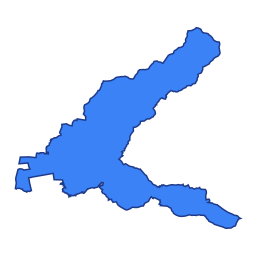 the district of Gurghiu, Mures, Romania
{"feature_id": "2599482B77375786241858", "entity_name": "Gurghiu", "entity_type": "district", "adm_level": 2, "iso_a3": "ROU", "parent_name": "Romania", "parent_adm1": "Mures", "projection": "natural_earth1", "projection_center": [24.887, 46.798], "detail": "fine", "context": "isolated", "style": "filled", "palette": "blue", "viewbox_px": 256, "rotation_deg": 0, "n_neighbors": 0, "source": "geoboundaries", "source_scale": "gbopen_adm2", "svg_char_len": 5830}
<svg xmlns="http://www.w3.org/2000/svg" viewBox="0 0 256 256"><path d="M240.6,218.4L239.0,217.7L238.4,216.7L237.4,215.9L236.0,215.4L234.3,215.3L232.7,214.3L227.9,212.3L223.6,209.6L217.2,204.8L213.9,204.1L212.1,203.0L208.1,202.5L209.5,201.7L209.7,201.0L209.5,199.9L209.2,199.3L208.5,199.1L206.0,199.8L205.7,195.6L206.4,193.1L206.2,190.9L205.4,189.5L201.3,189.3L199.7,188.2L199.6,187.5L198.4,188.3L196.2,188.1L195.2,188.9L194.2,189.1L192.0,187.8L189.9,188.1L188.1,184.9L187.5,185.5L185.7,186.1L185.5,186.5L183.7,186.0L183.0,184.3L182.3,184.9L179.9,185.0L178.5,184.6L175.9,185.1L171.6,184.7L166.2,186.0L163.1,184.8L162.2,185.8L161.7,185.1L159.7,187.1L159.5,186.1L157.7,187.2L155.9,185.5L153.1,184.4L151.0,181.6L148.7,180.4L146.4,175.6L145.0,174.7L140.2,169.1L139.8,169.5L136.5,168.1L134.4,168.1L134.0,167.2L129.5,166.2L125.6,163.7L123.5,164.7L121.6,161.5L119.7,159.7L118.9,159.3L121.2,156.7L122.3,156.3L122.7,155.8L122.1,155.8L122.0,154.4L122.9,152.8L121.7,151.9L122.5,151.2L124.1,150.9L124.6,150.4L124.7,149.5L124.4,148.7L125.3,148.2L125.8,146.9L126.5,146.2L126.7,144.9L128.3,143.6L127.9,141.9L129.8,140.2L129.9,136.4L131.2,133.8L133.4,131.2L133.4,127.3L135.7,127.1L137.8,125.9L139.9,124.0L140.3,123.0L140.5,121.3L144.3,121.0L146.5,119.3L147.9,118.8L149.4,119.0L151.9,117.3L153.2,116.8L153.9,115.4L155.0,114.6L155.4,113.6L155.0,111.2L153.2,108.5L153.7,107.5L154.7,106.9L155.3,106.1L155.4,105.0L155.9,104.7L156.6,104.9L157.0,102.9L158.7,101.4L159.0,100.6L160.2,98.9L161.8,98.0L162.3,98.2L162.5,98.0L163.2,98.7L165.5,99.1L165.8,97.6L166.4,97.3L166.4,96.3L166.0,96.0L166.2,95.6L165.9,95.2L167.1,94.3L167.9,93.1L170.5,90.9L171.2,90.6L173.6,91.6L174.8,91.3L176.0,91.9L177.9,91.7L178.9,90.6L180.0,90.7L182.0,89.7L182.4,89.1L184.6,87.9L185.8,87.6L187.0,85.8L190.2,85.5L190.8,85.8L193.0,83.9L195.2,83.4L197.1,80.1L197.2,78.3L198.3,76.2L197.8,74.6L199.2,73.6L200.8,73.2L201.5,72.4L202.7,69.7L202.8,66.9L204.6,66.4L209.1,63.9L210.5,61.6L212.7,60.2L213.7,58.6L215.1,57.5L218.2,56.0L219.8,53.9L220.0,52.6L219.0,47.2L219.5,45.5L219.7,43.7L219.3,42.1L216.4,41.7L214.1,40.4L213.4,39.7L212.2,37.5L210.2,35.6L208.9,34.9L208.5,34.0L206.8,33.3L204.8,33.1L202.6,32.4L201.5,30.9L201.0,29.4L198.5,28.1L196.2,27.7L195.4,28.7L191.8,30.5L187.9,30.9L187.8,32.2L187.2,33.4L187.2,36.6L186.0,38.4L185.5,39.8L185.8,41.6L185.3,42.5L184.0,43.6L183.2,46.2L180.8,47.4L178.7,47.6L176.2,49.8L174.6,50.6L173.9,51.6L173.5,53.4L169.9,54.5L168.4,55.3L163.0,63.2L162.6,63.3L161.1,62.3L158.6,61.9L157.0,61.0L154.1,61.4L153.1,63.3L151.8,64.2L149.9,66.5L148.5,68.9L145.1,69.7L143.5,69.5L139.5,69.8L138.1,71.2L137.8,72.5L136.6,74.2L135.8,74.8L134.3,77.2L134.3,77.8L132.9,79.1L129.4,78.6L127.8,77.2L124.9,76.2L123.9,76.6L121.5,76.6L116.6,77.3L115.6,77.7L114.1,79.2L110.4,80.8L105.1,81.2L103.4,80.9L102.5,83.2L101.7,83.8L101.5,85.6L99.9,89.6L99.1,90.5L98.1,90.5L97.1,92.5L94.4,95.7L91.5,98.1L90.3,98.6L89.3,101.8L87.5,103.5L84.6,104.9L84.2,105.9L83.9,108.0L84.5,110.5L84.4,111.6L83.4,114.1L85.6,116.3L85.7,118.4L85.5,120.2L77.1,118.9L76.9,120.5L75.5,120.0L75.1,120.1L74.0,120.6L72.6,122.5L72.1,125.8L69.0,125.2L66.5,123.8L61.8,124.4L62.0,126.7L59.6,132.5L60.0,133.3L61.0,134.2L61.0,135.1L58.5,136.0L56.1,137.8L54.6,137.7L52.6,138.9L51.0,139.2L50.5,140.2L51.3,140.3L49.7,143.4L49.4,143.3L49.2,145.2L46.6,146.6L46.6,148.0L46.1,148.1L46.4,150.9L46.2,152.2L48.3,152.3L48.3,154.0L46.4,153.6L44.6,153.9L44.0,152.9L43.2,152.7L40.0,152.8L39.7,153.4L39.3,153.5L37.0,153.0L36.5,153.7L36.0,157.6L29.0,156.9L20.3,157.1L19.0,163.8L28.0,163.0L28.8,166.5L30.0,169.1L23.8,170.0L23.0,169.4L21.3,168.9L19.3,168.9L18.0,169.5L15.8,178.0L15.8,180.0L16.3,183.0L15.4,188.6L16.3,189.0L17.3,188.4L19.7,188.3L21.2,189.1L22.5,189.2L22.7,190.0L24.5,191.3L26.2,191.4L26.3,191.8L26.8,192.1L27.0,191.6L28.0,191.1L29.4,191.5L30.5,191.0L30.5,190.7L31.4,190.6L29.4,182.1L29.2,180.0L28.6,178.9L28.7,177.6L29.9,177.7L32.5,177.0L53.2,173.4L54.1,179.7L62.4,179.9L63.0,181.6L62.8,182.0L63.2,182.4L63.2,182.9L62.9,183.0L63.1,183.2L61.5,183.0L60.6,183.5L60.4,184.1L61.6,184.0L61.4,184.7L61.7,184.4L63.6,184.4L63.4,185.0L64.0,185.3L63.5,185.9L64.6,186.2L65.6,187.8L64.0,187.7L63.5,188.4L62.7,188.8L62.5,189.6L62.9,190.3L62.7,191.0L63.1,191.0L63.1,191.8L64.0,191.8L64.6,192.7L65.2,192.6L66.3,193.4L66.8,193.0L67.5,194.0L68.4,194.4L68.3,194.8L68.9,195.0L69.1,195.5L68.9,195.8L69.0,196.9L69.7,196.4L70.6,196.4L70.2,195.5L70.3,195.0L73.2,195.8L74.7,195.1L75.2,195.7L75.9,195.6L76.0,194.4L77.3,193.9L77.7,194.1L81.0,192.7L82.0,192.9L82.0,191.9L83.0,192.0L83.7,193.3L84.0,193.3L84.0,192.8L84.6,192.1L85.2,192.1L87.1,189.5L87.6,189.4L87.7,188.9L89.2,188.6L91.2,187.8L93.4,187.8L94.3,188.2L95.0,187.6L96.9,187.4L98.8,186.5L98.9,186.0L98.6,185.6L99.1,185.0L99.7,185.2L99.5,184.6L100.0,184.1L101.0,184.0L101.2,182.5L103.3,182.8L102.6,185.4L101.1,185.7L99.3,186.9L100.9,188.9L102.7,189.5L101.8,191.2L102.0,192.1L103.0,193.4L104.2,193.6L104.8,194.4L105.7,194.8L106.3,196.3L108.8,198.6L109.0,198.9L108.4,199.3L108.4,200.1L109.4,199.4L109.6,199.7L111.5,199.3L111.9,200.6L113.0,202.3L115.9,201.8L116.5,202.2L117.8,204.8L119.9,206.5L125.3,209.6L126.2,209.9L127.8,209.7L130.8,208.4L131.6,207.5L133.6,207.2L134.6,207.5L137.8,207.4L142.1,205.9L143.4,206.0L144.4,203.8L145.0,203.1L148.5,201.3L150.3,197.9L151.5,196.7L152.7,198.4L153.3,198.5L153.6,197.9L154.7,197.7L158.9,199.9L160.1,200.1L159.9,201.3L160.4,202.1L159.1,204.1L161.0,204.8L160.5,205.6L167.5,206.2L169.7,207.7L170.9,208.1L171.7,210.6L173.0,212.0L173.6,213.4L176.3,215.1L179.3,216.2L181.5,216.4L184.8,216.1L189.6,214.8L191.8,215.4L194.6,215.2L196.6,215.5L197.6,215.0L199.7,214.8L200.2,215.2L204.5,215.4L205.0,215.8L205.0,216.4L206.1,217.2L206.6,218.4L208.2,220.0L208.9,221.2L213.2,223.2L214.3,224.3L222.6,226.9L225.9,228.3L231.3,227.9L233.4,226.5L235.3,225.9L236.0,224.4L236.0,223.7L238.1,219.8L238.7,219.1L240.6,218.4Z" fill="#3b82f6" stroke="#1e3a8a" stroke-width="1.5"/></svg>